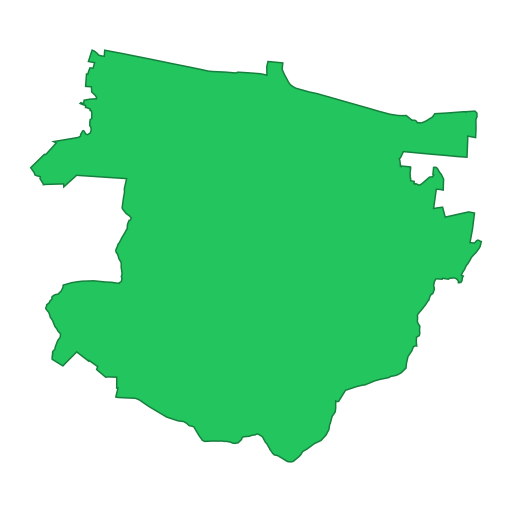 Tetchea, Bihor, Romania (Natural Earth projection)
{"feature_id": "2599482B35654252048695", "entity_name": "Tetchea", "entity_type": "district", "adm_level": 2, "iso_a3": "ROU", "parent_name": "Romania", "parent_adm1": "Bihor", "projection": "natural_earth1", "projection_center": [22.297, 47.021], "detail": "fine", "context": "isolated", "style": "filled", "palette": "green", "viewbox_px": 512, "rotation_deg": 0, "n_neighbors": 0, "source": "geoboundaries", "source_scale": "gbopen_adm2", "svg_char_len": 5932}
<svg xmlns="http://www.w3.org/2000/svg" viewBox="0 0 512 512"><path d="M416.7,346.0L416.3,342.1L416.5,337.2L419.3,335.6L419.8,333.3L419.6,331.2L419.6,328.4L419.9,326.5L419.4,325.3L418.5,324.3L417.3,321.5L417.6,318.7L417.4,315.4L417.9,314.2L419.3,312.4L422.3,308.9L425.6,304.7L428.1,300.7L428.8,300.3L429.6,297.3L430.3,295.7L431.6,294.0L432.2,294.0L432.9,293.4L433.4,292.0L434.3,289.5L434.2,287.7L433.8,286.4L433.6,285.0L434.0,284.0L434.1,282.9L434.3,281.9L435.3,279.9L436.0,278.9L436.4,278.8L442.2,279.2L442.6,278.3L442.9,278.3L448.3,279.2L450.1,278.1L451.9,278.2L453.1,277.9L455.1,278.1L455.6,278.4L456.1,278.6L457.7,280.1L458.5,281.5L458.3,282.7L459.3,282.8L459.9,282.2L460.9,282.5L461.2,281.7L462.0,280.8L462.4,277.6L463.3,276.1L461.3,275.4L462.0,273.6L463.0,271.7L464.4,269.7L466.3,265.5L467.6,264.0L470.5,259.3L471.3,257.5L473.3,255.3L476.2,252.3L479.3,248.0L480.1,246.5L480.4,245.4L481.3,241.5L480.4,241.3L478.7,240.3L478.1,240.2L477.5,240.2L476.5,240.8L474.7,242.9L473.7,243.0L470.0,242.6L472.5,229.1L474.5,213.0L468.6,211.9L445.2,217.1L442.6,207.2L438.6,207.7L433.6,208.5L436.3,189.2L440.4,189.5L443.2,190.1L443.6,179.3L443.4,178.7L441.3,174.4L439.6,172.3L439.1,171.5L437.7,168.9L436.4,167.5L435.3,167.3L434.0,167.3L433.6,167.4L432.9,174.6L433.8,175.1L432.5,176.9L431.5,176.9L429.5,177.1L424.8,181.2L421.4,184.1L419.3,185.2L416.0,183.8L415.2,184.1L415.0,183.7L413.9,183.6L414.2,181.4L412.0,181.0L410.7,180.8L410.7,179.0L410.3,177.1L410.1,176.9L410.3,175.0L410.0,174.3L410.7,167.8L410.3,167.7L410.4,166.9L401.4,166.0L401.3,166.6L400.4,166.5L400.4,164.9L399.8,160.2L399.2,158.9L400.5,157.7L403.4,151.6L431.2,154.2L444.5,155.3L456.8,156.5L467.0,157.2L467.0,156.8L467.6,142.1L467.6,141.3L467.7,140.5L467.7,136.1L475.6,137.6L475.9,131.8L476.0,128.4L476.0,127.7L475.9,119.7L477.0,116.6L476.9,113.1L475.0,111.1L465.9,111.7L465.7,112.1L465.3,111.7L462.5,111.8L447.2,113.0L434.8,113.7L432.4,117.1L429.8,118.6L426.4,120.8L421.7,122.9L417.3,122.7L416.6,121.4L415.2,120.4L413.1,120.1L412.3,120.4L406.2,115.5L403.4,115.6L400.4,115.6L398.1,115.5L391.5,114.5L389.4,114.1L386.8,113.4L379.7,111.5L367.3,107.9L350.0,103.0L332.1,97.9L317.0,93.6L308.9,91.9L295.8,88.2L293.1,86.7L290.5,84.8L289.2,83.2L288.1,81.4L287.0,79.3L284.3,74.3L282.4,69.9L282.2,68.6L282.8,62.9L268.0,61.5L266.8,66.4L266.9,75.1L264.6,74.6L262.3,74.1L260.0,73.7L253.5,73.2L248.2,72.8L240.1,72.3L237.6,72.2L236.2,73.0L225.5,72.1L212.3,71.5L208.4,71.1L200.2,69.3L187.6,66.7L175.0,64.2L152.2,59.5L123.2,53.7L104.7,50.2L104.3,56.2L103.7,56.0L102.8,56.2L98.7,55.2L97.3,53.5L94.4,51.1L92.1,50.1L88.4,61.5L94.6,62.6L93.1,68.2L89.9,67.9L88.5,71.7L87.8,74.2L86.5,74.0L85.6,86.4L91.4,86.8L91.7,92.0L95.3,95.4L96.6,97.5L96.4,98.8L90.2,99.1L84.1,100.2L83.7,103.7L81.0,102.6L80.1,103.5L82.8,104.6L85.6,105.5L85.5,107.5L86.9,107.7L89.3,108.7L90.3,109.0L90.1,109.8L90.1,110.5L91.3,110.7L91.8,112.9L91.8,118.5L90.1,119.7L89.8,122.5L89.9,124.0L89.7,125.2L90.1,126.2L90.8,127.2L91.1,129.0L91.2,129.8L90.3,132.9L87.8,134.6L86.2,134.2L85.3,133.6L85.3,133.2L84.3,131.4L83.5,130.7L82.6,131.0L81.0,133.9L80.7,134.2L80.5,136.1L80.1,136.4L78.7,137.2L77.9,137.5L53.6,141.6L56.3,142.9L46.0,154.3L44.3,154.4L30.7,167.7L34.2,172.7L35.0,175.0L36.6,175.7L39.8,176.5L40.3,176.7L40.2,177.8L40.0,178.7L43.4,184.1L43.3,184.7L45.9,184.4L63.6,183.9L63.8,186.9L76.6,175.3L87.1,176.0L114.1,177.8L126.6,178.6L124.3,188.9L124.5,192.0L123.3,199.0L122.1,207.9L122.9,209.4L126.1,213.5L129.3,215.8L131.4,218.0L130.2,220.1L129.6,220.5L129.1,220.4L128.2,222.6L127.8,223.3L127.4,225.1L127.2,227.8L127.4,228.5L127.0,229.0L126.5,229.6L125.9,230.7L125.0,232.5L122.6,236.4L121.3,238.7L121.0,239.5L119.1,243.0L118.1,244.1L117.3,246.6L116.1,249.2L115.8,250.9L116.4,252.8L117.4,253.8L117.9,255.3L118.5,257.0L118.7,258.3L121.2,262.7L121.2,267.8L121.7,270.4L122.1,274.2L121.3,276.6L121.7,277.4L121.9,278.7L121.8,279.7L121.2,281.6L119.1,282.9L119.0,283.4L111.6,282.3L105.5,282.0L93.8,280.8L82.1,281.2L77.8,281.7L71.6,282.7L63.2,285.1L62.9,287.6L61.1,291.2L59.7,292.4L58.0,294.2L55.7,294.5L54.1,295.2L52.6,296.2L51.8,297.3L52.1,298.8L51.1,299.9L49.8,301.1L49.4,302.5L46.6,304.9L46.5,306.1L46.2,307.0L45.8,307.9L45.9,308.9L48.7,312.4L49.5,314.3L49.9,315.9L50.3,316.8L50.3,317.4L50.7,317.9L51.8,319.3L52.6,320.6L54.8,326.2L55.5,327.2L57.0,329.1L57.8,330.9L59.2,332.4L60.4,333.8L60.5,334.9L60.1,337.5L58.1,339.9L57.2,341.8L55.3,346.8L54.9,349.2L53.0,351.2L52.5,352.3L52.8,353.2L52.4,354.2L52.8,354.7L52.3,355.5L52.5,355.8L52.2,356.5L52.3,357.1L52.0,357.8L52.2,359.3L62.9,365.9L66.3,362.4L76.7,351.9L88.7,361.2L89.1,360.5L97.7,366.6L96.6,369.5L105.7,377.2L108.1,376.9L116.7,377.2L116.8,377.4L116.7,388.1L118.0,388.0L115.8,397.0L117.3,397.4L122.1,397.7L122.9,397.7L126.0,397.9L134.3,398.2L136.1,398.5L139.8,400.2L144.5,403.5L149.0,406.5L149.4,406.8L166.7,417.1L170.6,418.4L177.9,420.8L180.6,421.2L183.5,421.5L186.8,423.4L187.4,424.0L189.1,425.6L192.1,426.2L194.0,427.0L195.2,429.2L199.1,435.7L202.4,440.3L204.6,441.4L212.8,441.0L218.2,441.1L221.6,441.0L224.5,441.4L226.7,441.4L230.4,442.1L232.7,443.1L234.9,443.4L238.1,442.8L241.5,439.6L241.9,438.1L242.6,437.2L244.4,436.7L249.1,436.3L252.4,435.2L255.5,434.8L256.4,434.1L257.7,434.0L260.4,435.4L262.0,436.5L262.8,437.2L263.4,438.6L265.5,442.4L266.8,443.7L269.6,448.6L270.0,449.7L271.0,450.8L272.6,453.3L274.3,454.9L274.9,455.1L276.1,455.2L277.4,455.6L279.1,456.3L279.7,456.9L280.7,457.4L281.7,458.0L286.2,460.8L288.0,461.7L289.7,461.8L291.2,461.9L293.4,461.3L297.7,457.7L298.7,456.9L300.8,454.7L302.6,451.6L306.8,449.2L314.2,443.7L321.0,440.5L326.0,435.1L327.7,431.8L328.9,429.7L329.6,424.8L330.3,423.2L332.1,416.5L334.3,413.2L335.2,412.0L335.7,408.1L335.7,401.1L336.2,401.4L336.8,401.6L338.6,401.4L343.9,392.9L345.5,390.3L356.9,386.5L362.7,385.1L364.7,385.0L374.6,380.9L380.0,379.4L389.1,377.5L390.6,376.4L394.8,375.7L397.8,374.7L401.3,372.7L406.0,368.1L406.5,363.1L408.0,356.5L411.7,351.1L413.4,346.8L415.6,345.7L416.7,346.0Z" fill="#22c55e" stroke="#15803d" stroke-width="1.5"/></svg>